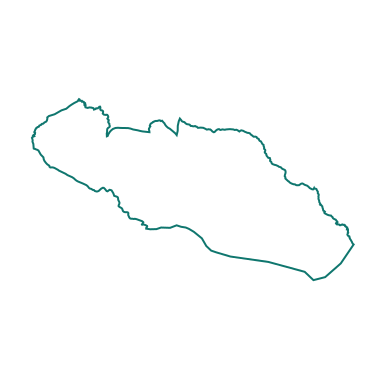 outline of Bolga East, Upper East, Ghana, rotated 249°
{"feature_id": "2480657B19171272300465", "entity_name": "Bolga East", "entity_type": "district", "adm_level": 2, "iso_a3": "GHA", "parent_name": "Ghana", "parent_adm1": "Upper East", "projection": "mercator", "projection_center": [-0.786, 10.803], "detail": "fine", "context": "isolated", "style": "outline", "palette": "teal", "viewbox_px": 384, "rotation_deg": 249, "n_neighbors": 0, "source": "geoboundaries", "source_scale": "gbopen_adm2", "svg_char_len": 6071}
<svg xmlns="http://www.w3.org/2000/svg" viewBox="0 0 384 384"><g transform="rotate(249 192 192)"><path d="M85.1,324.1L86.0,323.6L86.9,323.4L88.0,323.4L90.6,323.0L91.3,322.8L92.4,322.7L93.1,322.7L93.2,322.9L94.2,323.0L95.4,321.9L96.5,321.8L96.8,321.9L98.0,323.2L98.5,323.0L99.5,323.6L101.2,324.2L101.6,323.2L102.0,323.4L102.8,324.1L103.3,324.2L103.8,323.5L104.5,323.4L104.9,322.9L105.2,322.7L105.9,323.0L106.2,322.9L106.7,322.2L107.0,322.1L107.1,321.3L107.8,320.8L107.9,319.6L107.7,318.9L108.0,318.1L108.9,317.7L109.6,316.4L109.7,315.8L110.0,315.6L110.3,315.4L111.2,315.2L111.4,315.5L111.4,316.7L111.6,317.0L111.9,317.1L112.7,316.9L113.4,316.5L114.6,316.3L115.7,315.2L116.5,314.5L117.2,314.2L118.3,314.2L119.1,313.6L120.1,313.4L121.2,311.5L122.2,310.3L124.4,308.4L125.0,308.1L125.3,308.1L125.6,308.3L126.0,309.0L126.8,308.6L127.6,307.9L129.3,308.2L130.4,308.2L132.0,308.5L132.7,308.1L133.5,308.0L133.8,307.8L133.9,307.4L134.3,307.6L134.7,307.3L134.8,307.5L135.3,307.5L136.9,307.2L138.3,307.6L140.3,307.6L141.8,308.3L142.6,308.4L143.7,309.2L144.0,309.3L144.5,309.4L145.2,309.1L145.8,309.0L147.2,309.6L149.0,309.2L150.2,309.2L150.8,308.6L151.3,307.7L151.6,307.4L151.9,307.4L151.0,306.4L151.0,306.0L151.5,305.1L153.5,303.3L154.8,302.8L156.5,301.9L158.5,299.6L159.6,298.9L160.4,298.1L160.6,297.2L160.6,296.7L160.0,294.3L160.7,292.4L161.1,291.7L162.3,290.8L162.8,289.6L164.3,287.9L165.9,286.6L167.1,286.2L167.6,285.7L171.1,284.0L172.4,284.5L173.4,284.2L174.4,284.7L176.2,286.1L177.0,286.5L178.0,286.8L179.0,286.7L179.5,286.4L181.3,284.6L182.1,284.2L182.9,284.0L183.9,283.0L184.4,282.2L185.4,281.6L187.0,280.0L187.7,278.9L189.2,277.2L190.1,276.7L191.5,276.8L191.9,276.7L192.7,276.1L193.2,276.1L194.1,276.7L195.9,276.8L196.5,275.5L199.3,274.6L200.5,274.9L201.1,274.9L201.5,274.6L202.7,274.1L203.4,274.3L204.0,275.0L204.8,275.4L205.3,275.4L206.3,274.8L206.6,274.8L208.0,275.4L209.3,275.3L210.3,275.7L211.6,274.9L214.5,274.5L215.4,273.6L216.1,273.3L217.6,273.3L217.9,273.1L218.6,272.3L218.9,272.1L219.7,272.1L220.2,271.9L220.9,271.2L221.6,269.3L224.1,267.9L224.5,267.5L225.9,267.1L226.2,266.9L227.0,265.8L227.4,264.9L228.7,263.6L229.2,263.0L230.8,261.7L231.9,260.1L231.9,259.2L231.5,257.9L232.4,257.2L233.1,256.9L234.2,255.8L234.6,254.1L235.6,253.0L237.1,249.9L238.2,246.2L238.3,245.0L239.6,242.7L239.6,241.6L239.8,240.6L240.8,240.0L241.0,239.6L241.2,239.1L241.2,237.9L240.9,236.7L239.9,234.5L240.0,233.7L241.1,232.8L243.2,231.9L244.0,231.3L244.2,230.5L244.7,229.9L244.9,228.3L245.1,228.0L245.8,227.5L247.9,225.5L249.0,223.2L249.8,220.5L251.3,219.8L251.6,219.2L252.5,218.5L252.6,217.3L253.2,216.1L253.6,215.7L254.2,214.4L255.0,214.2L255.7,213.9L256.1,213.4L257.2,211.5L258.4,210.6L259.9,210.0L261.2,208.3L262.0,207.8L262.9,207.7L264.9,207.0L262.8,205.0L258.8,202.4L254.3,200.6L250.6,198.1L252.8,197.4L255.4,196.0L259.0,194.0L260.6,192.6L262.6,191.6L264.6,191.0L266.0,190.9L267.0,190.4L269.3,189.6L269.3,188.4L269.6,188.1L270.4,187.7L270.8,186.2L270.7,185.6L270.9,184.6L271.3,183.8L271.5,182.0L271.2,181.4L271.3,180.4L271.0,180.1L270.6,177.9L269.1,176.4L268.2,176.6L267.8,175.9L267.1,175.3L266.7,174.6L265.9,174.2L264.1,174.0L263.1,173.7L266.3,167.5L267.5,165.6L269.0,163.5L271.5,159.4L273.2,157.4L274.6,155.2L277.5,148.0L278.5,145.9L279.2,143.5L279.2,140.8L278.5,138.6L277.5,136.7L276.0,134.7L274.5,133.3L274.5,132.5L277.2,133.4L278.2,134.1L280.5,135.1L281.3,135.6L281.8,136.4L282.2,138.1L282.4,138.5L283.0,138.9L284.7,139.0L285.4,139.3L286.4,138.9L287.2,138.8L287.8,139.1L288.2,139.7L288.9,140.0L289.3,140.0L289.7,139.5L290.6,139.3L290.9,139.3L291.5,140.4L292.3,140.8L293.5,140.8L294.4,140.5L294.8,139.8L294.8,139.3L295.7,137.6L296.5,137.1L297.2,136.8L298.2,137.5L299.1,137.9L299.4,137.9L300.3,137.4L300.8,136.4L301.6,136.0L302.1,136.0L303.9,136.8L304.6,136.8L304.8,136.1L303.9,134.1L304.0,133.6L304.5,132.5L304.0,131.8L304.1,130.0L305.4,130.1L306.1,129.5L306.4,128.8L306.9,128.3L307.4,127.2L307.7,126.7L307.9,124.7L309.0,123.2L309.2,122.9L309.8,122.9L311.0,123.7L311.5,122.8L311.9,122.7L312.1,122.9L312.4,123.8L313.1,124.1L313.4,124.0L313.5,123.3L313.8,123.1L314.4,123.1L314.8,123.3L315.1,123.1L315.6,122.2L315.6,121.8L316.5,121.9L316.8,121.1L317.4,120.7L317.3,120.1L317.8,119.7L318.8,120.1L319.2,119.8L318.4,118.6L317.7,117.9L317.3,114.0L316.7,110.8L316.1,108.3L314.8,104.5L315.0,99.4L313.8,91.6L314.2,85.7L313.5,83.6L312.2,83.2L310.8,82.2L310.0,81.2L309.8,79.1L309.4,78.3L309.2,77.7L309.1,77.3L309.4,76.4L309.2,75.7L308.8,75.4L308.7,73.2L307.9,72.5L307.8,72.1L308.0,71.1L307.6,70.3L307.7,70.0L307.6,69.6L307.1,69.2L306.6,68.2L305.1,67.1L304.9,66.6L304.3,66.2L303.7,66.4L303.4,66.7L302.3,66.1L302.1,65.7L302.1,64.6L301.8,64.1L301.4,64.5L301.0,64.7L300.6,64.8L300.5,62.9L299.9,62.0L298.7,62.0L297.2,61.7L296.1,61.1L293.7,61.1L289.3,59.8L288.8,60.2L288.6,60.8L287.5,61.8L286.9,62.6L285.8,63.5L281.1,64.2L277.6,65.7L275.6,65.3L273.8,65.4L271.4,66.1L269.7,66.8L267.7,68.2L266.7,68.0L265.7,68.5L264.9,70.8L263.8,72.2L260.6,74.9L259.7,75.4L254.3,80.5L252.4,81.8L248.8,85.4L247.1,86.6L245.2,87.5L243.9,88.3L242.6,89.4L239.2,93.0L236.2,95.9L234.5,96.8L232.9,97.2L231.9,97.8L230.9,99.2L229.6,100.0L229.1,101.0L228.9,101.2L227.8,101.6L226.7,103.0L226.4,104.0L226.4,105.2L227.7,108.5L227.9,110.3L227.5,111.1L226.1,111.8L223.5,112.6L222.9,113.4L223.6,115.8L222.9,116.9L222.3,117.5L219.0,118.1L216.3,118.0L214.7,120.0L213.9,120.7L212.9,120.8L211.1,120.3L208.7,120.5L207.8,120.4L206.9,119.8L206.0,118.9L205.2,118.4L204.6,118.6L203.6,119.3L202.2,120.5L201.1,120.8L199.1,120.7L198.0,121.2L197.1,122.3L196.5,124.0L195.9,124.8L195.1,125.0L193.4,124.2L190.7,124.3L189.6,124.7L188.9,125.5L188.5,126.6L187.6,128.1L187.5,129.0L186.5,130.5L182.7,134.9L181.9,135.4L181.2,135.7L179.6,133.6L179.3,133.7L179.1,135.0L178.7,135.6L177.6,136.9L176.4,137.9L176.1,137.9L175.8,137.7L175.3,137.2L175.0,136.5L174.2,136.1L172.2,139.6L170.1,145.5L169.9,150.4L166.4,158.7L166.4,165.7L163.4,169.4L161.1,173.4L158.7,175.9L154.1,179.5L145.2,184.6L136.4,186.0L130.4,188.9L126.9,193.1L118.0,204.7L99.3,238.3L77.1,268.6L66.2,273.8L64.8,285.8L72.0,305.3L85.1,324.1Z" fill="none" stroke="#0f766e" stroke-width="2"/></g></svg>